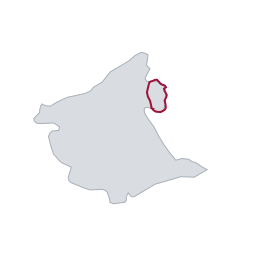 Plav on a map of Montenegro (orthographic projection), rotated 295°
{"feature_id": "MNE-1503", "entity_name": "Plav", "entity_type": "Municipality", "adm_level": 1, "iso_a3": "MNE", "parent_name": "Montenegro", "parent_adm1": "", "projection": "orthographic", "projection_center": [19.907, 42.587], "detail": "fine", "context": "in_parent", "style": "outline", "palette": "rose", "viewbox_px": 256, "rotation_deg": 295, "n_neighbors": 0, "source": "natural_earth", "source_scale": "10m", "svg_char_len": 1741}
<svg xmlns="http://www.w3.org/2000/svg" viewBox="0 0 256 256"><g transform="rotate(295 128 128)"><path d="M113.4,39.8L113.2,41.1L113.6,45.0L115.2,48.7L121.4,52.6L130.3,60.2L140.9,74.2L145.8,78.4L150.2,79.4L158.7,85.2L164.7,86.6L171.4,88.2L188.9,100.2L196.7,103.7L202.3,108.2L203.0,112.5L202.7,115.2L192.6,118.3L190.9,123.0L186.0,122.5L180.1,122.5L178.1,125.5L181.0,130.4L182.8,136.2L181.3,144.1L180.9,145.2L179.4,144.9L171.0,149.5L164.8,151.7L159.2,152.7L156.5,150.5L155.2,147.5L155.5,138.8L154.5,135.8L152.6,134.4L148.7,136.5L144.2,143.2L140.0,151.0L133.7,159.1L128.5,166.9L122.9,176.8L119.0,184.9L123.0,189.6L125.3,196.0L124.6,200.8L125.3,203.6L124.0,212.0L123.7,217.3L111.4,208.8L106.4,196.8L88.6,176.4L68.2,162.5L67.1,160.3L68.3,157.6L69.3,155.6L65.0,155.4L62.0,157.0L59.2,156.5L56.1,151.3L53.1,146.8L53.0,142.8L54.4,142.3L56.5,140.8L60.9,136.5L61.8,134.2L61.6,130.8L55.8,119.7L55.0,112.5L54.4,99.3L55.7,96.2L57.9,94.7L68.5,93.2L68.5,82.8L69.2,79.8L71.3,75.5L72.8,71.6L78.7,66.0L86.7,59.5L90.1,59.3L93.1,60.3L96.5,66.1L100.2,65.4L101.1,58.4L96.3,49.3L93.7,43.5L94.6,40.3L96.4,38.7L100.6,39.8L104.6,41.4L107.1,40.3L111.1,39.6L113.4,39.8Z" fill="#d9dde1" stroke="#a8b0b8" stroke-width="1"/><path d="M178.7,128.1L183.2,132.4L183.8,133.5L184.0,133.9L182.9,136.6L182.0,138.3L181.8,139.2L181.7,140.9L182.0,142.4L181.9,143.8L180.9,145.2L178.9,144.0L177.2,145.3L174.4,149.1L172.4,149.6L168.6,149.5L166.6,150.9L165.9,151.6L162.9,153.4L162.4,153.5L161.6,153.8L160.2,153.6L158.9,152.9L156.3,150.9L155.0,147.6L154.7,146.6L154.6,145.9L154.8,144.3L154.9,143.5L155.5,142.3L155.9,141.7L156.0,141.8L156.0,140.7L157.3,140.1L161.9,136.6L164.8,132.8L168.3,130.1L168.7,130.0L175.7,128.5L178.7,128.1Z" fill="none" stroke="#9f1239" stroke-width="2"/></g></svg>